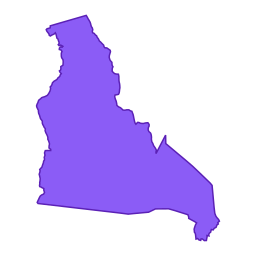 Ibipeba, Bahia, Brazil
{"feature_id": "56859067B8671900633841", "entity_name": "Ibipeba", "entity_type": "district", "adm_level": 2, "iso_a3": "BRA", "parent_name": "Brazil", "parent_adm1": "Bahia", "projection": "orthographic", "projection_center": [-42.197, -11.534], "detail": "fine", "context": "isolated", "style": "filled", "palette": "violet", "viewbox_px": 256, "rotation_deg": 0, "n_neighbors": 0, "source": "geoboundaries", "source_scale": "gbopen_adm2", "svg_char_len": 3565}
<svg xmlns="http://www.w3.org/2000/svg" viewBox="0 0 256 256"><path d="M196.0,239.1L197.6,238.5L198.9,239.9L200.7,240.4L201.1,238.9L202.5,239.0L204.3,240.6L206.4,240.5L206.7,238.7L207.1,236.8L207.0,235.5L209.0,235.9L208.7,234.8L209.2,233.3L210.7,232.1L210.9,230.9L211.4,229.5L213.2,229.9L214.2,228.3L216.1,227.3L216.9,225.0L218.3,224.0L217.8,222.6L219.4,221.2L218.7,219.7L217.9,218.7L216.9,217.6L215.9,216.2L215.3,214.6L214.8,213.3L214.1,207.4L212.1,185.4L210.3,183.2L204.1,177.2L193.0,166.6L192.1,165.8L185.0,159.7L178.4,154.2L165.8,143.6L165.6,135.1L156.0,153.6L156.0,151.9L156.4,150.2L155.5,148.4L154.5,146.9L153.6,145.6L152.8,143.4L151.8,141.7L151.4,139.2L151.5,137.2L151.3,135.4L151.0,134.1L150.5,133.0L148.9,131.6L148.2,130.1L148.2,128.6L148.5,127.2L149.1,126.1L149.1,124.4L147.9,122.7L145.9,122.9L144.8,123.1L143.3,123.5L141.7,123.4L140.3,123.2L139.2,122.6L137.8,122.3L136.9,123.1L135.9,124.2L135.2,123.3L134.6,121.6L134.1,119.4L133.7,117.4L133.4,115.7L133.1,114.5L132.4,112.7L131.9,111.3L130.3,110.8L128.9,109.8L126.8,109.8L124.9,110.2L123.1,110.1L121.7,108.8L120.5,107.7L118.5,106.8L116.9,105.4L116.7,103.6L116.2,101.2L115.5,99.5L115.0,98.0L114.7,96.4L115.1,95.0L117.0,94.7L118.5,94.3L119.2,92.8L119.4,91.5L119.6,89.6L119.9,87.8L119.8,85.7L119.6,83.8L119.2,82.1L119.0,80.9L118.9,78.7L118.9,76.6L118.7,75.4L118.4,74.2L116.0,74.0L114.6,73.6L113.3,72.5L112.2,71.3L112.2,69.4L112.4,67.9L113.0,66.8L112.2,65.5L112.0,64.2L111.9,62.3L110.7,61.0L109.9,59.8L109.5,58.4L109.2,57.2L109.4,55.4L110.0,53.3L110.5,51.7L110.2,50.3L108.4,49.0L106.8,47.9L104.9,47.8L104.0,46.7L103.7,45.2L102.5,44.0L101.6,43.1L100.7,42.1L99.4,41.0L98.4,38.9L97.2,37.3L96.5,35.6L95.5,35.1L94.3,33.5L92.6,32.7L92.3,31.0L92.8,29.9L92.3,27.9L91.5,26.8L91.0,25.4L90.6,23.7L90.1,22.2L89.0,20.2L88.2,19.0L87.3,17.2L86.2,15.4L50.3,25.8L50.2,27.8L48.4,28.4L47.1,28.7L46.2,29.7L46.9,31.3L48.1,32.8L49.0,34.1L49.3,35.4L50.4,36.0L51.8,35.1L53.1,34.5L54.3,33.9L55.3,32.8L56.0,34.2L56.4,35.8L56.9,38.1L58.0,39.1L58.5,41.0L59.0,42.2L59.1,43.5L58.2,44.7L59.0,45.6L60.5,45.1L61.6,45.5L62.9,46.3L62.1,47.2L60.4,46.9L59.4,48.1L59.3,49.5L61.0,50.0L62.0,51.4L61.3,53.2L61.3,55.3L61.4,56.9L61.9,58.2L62.9,59.5L63.2,61.4L63.1,63.5L63.0,65.1L61.9,65.9L60.8,66.6L60.9,68.8L60.5,70.2L59.4,70.9L60.1,72.4L61.3,73.6L60.3,74.8L59.7,76.5L58.0,77.8L57.0,79.4L55.6,80.3L53.9,81.3L52.4,82.9L52.0,84.5L51.1,86.1L50.2,86.9L50.6,88.6L50.1,90.8L49.1,92.8L48.3,94.1L47.4,95.3L46.3,95.9L44.6,96.7L42.9,97.2L41.6,97.7L40.6,98.8L39.1,99.8L38.3,101.1L38.0,102.4L37.2,103.9L36.6,105.6L36.7,106.8L37.6,108.8L38.4,110.3L38.4,111.6L38.7,113.5L39.4,115.0L39.9,116.7L40.5,118.7L41.3,119.7L42.3,121.1L42.3,123.2L42.8,124.6L43.5,125.8L44.2,127.4L45.3,128.7L45.1,130.7L45.8,132.7L46.7,134.4L47.5,136.2L47.9,137.7L47.8,139.2L48.6,140.9L49.1,142.4L49.5,143.9L49.1,145.8L49.0,148.0L50.7,149.3L50.7,150.5L48.7,150.5L47.0,150.5L45.3,150.6L44.5,152.9L45.0,155.2L44.2,157.4L44.5,158.8L44.4,160.1L43.6,161.1L43.4,162.7L42.6,164.9L41.9,167.1L40.6,168.5L39.7,169.5L40.1,170.8L39.8,172.3L39.2,174.2L39.6,175.9L39.9,177.3L40.2,178.5L40.1,179.8L40.0,181.1L39.7,182.4L39.8,184.1L39.5,185.2L39.7,186.6L40.9,187.0L42.0,187.7L43.8,188.5L43.8,190.2L44.5,192.4L43.6,194.1L41.9,194.8L40.4,195.9L39.6,197.2L38.8,198.9L38.1,200.4L37.2,202.4L38.0,203.5L119.7,213.0L128.2,214.1L133.2,213.6L148.6,212.2L155.5,208.9L168.6,208.8L174.9,210.6L187.9,214.7L188.7,217.0L188.7,218.4L192.2,220.3L194.3,221.4L196.6,222.9L195.5,224.8L194.5,227.7L194.1,229.2L194.3,230.7L194.4,232.2L195.1,233.1L195.5,234.4L196.0,239.1Z" fill="#8b5cf6" stroke="#5b21b6" stroke-width="1.5"/></svg>